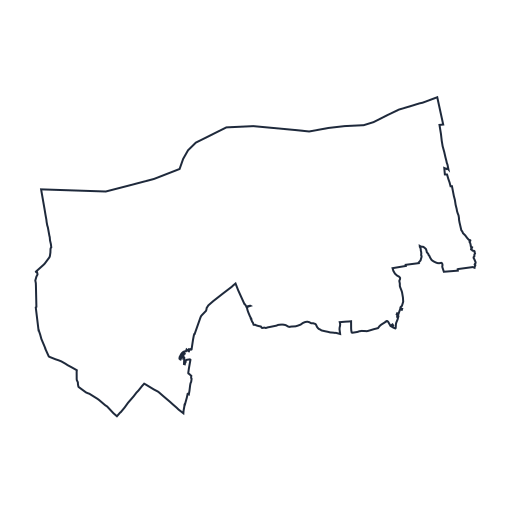 Verguleasa, Olt, Romania (Albers equal-area conic projection), rotated 92°
{"feature_id": "2599482B5579924920696", "entity_name": "Verguleasa", "entity_type": "district", "adm_level": 2, "iso_a3": "ROU", "parent_name": "Romania", "parent_adm1": "Olt", "projection": "albers", "projection_center": [24.361, 44.65], "detail": "fine", "context": "isolated", "style": "outline", "palette": "slate", "viewbox_px": 512, "rotation_deg": 92, "n_neighbors": 0, "source": "geoboundaries", "source_scale": "gbopen_adm2", "svg_char_len": 5949}
<svg xmlns="http://www.w3.org/2000/svg" viewBox="0 0 512 512"><g transform="rotate(92 256 256)"><path d="M363.6,459.6L364.0,458.9L366.2,452.8L367.1,449.7L368.1,446.9L370.3,442.7L371.7,440.4L373.5,436.7L376.4,431.1L378.0,431.2L385.4,430.9L386.4,430.7L388.1,429.8L388.7,429.6L390.2,429.5L391.6,429.2L392.8,428.9L393.1,428.7L398.3,421.1L399.0,419.3L399.5,417.7L404.3,409.4L405.4,407.8L410.4,401.5L411.6,399.5L418.1,393.0L421.0,389.4L417.2,386.3L416.8,385.7L412.0,382.0L407.2,378.8L400.5,373.4L396.7,370.7L394.6,368.8L390.0,365.4L387.5,363.3L388.3,361.7L393.0,353.3L394.1,351.0L394.8,349.5L395.6,348.3L399.5,343.5L404.7,336.9L407.0,334.2L410.3,330.1L412.2,328.0L415.7,323.1L413.2,323.0L408.4,322.3L407.3,322.3L406.7,322.1L406.8,321.8L405.0,321.4L400.0,320.2L396.1,319.5L396.0,319.3L396.6,318.3L393.1,317.8L387.4,317.3L385.5,317.0L384.0,316.4L381.2,316.1L380.9,316.1L380.3,316.5L379.4,316.6L378.0,316.5L377.3,317.4L376.3,318.5L376.0,319.1L375.7,319.5L375.0,319.6L371.2,319.2L362.0,317.9L361.8,318.1L361.6,318.6L362.2,321.7L362.4,322.1L364.1,322.8L364.7,322.7L365.7,323.3L366.7,323.4L366.5,324.2L360.2,324.1L359.9,324.3L359.9,324.7L360.3,325.1L359.1,325.2L356.9,324.9L356.1,323.8L355.7,324.0L355.9,324.8L355.6,325.1L355.5,325.3L355.8,325.8L356.5,326.3L357.9,326.9L359.0,326.7L359.9,326.9L360.7,327.3L362.1,327.8L362.0,328.1L361.3,328.9L359.7,328.8L356.4,327.2L355.6,326.6L354.3,325.2L353.8,324.0L353.6,322.9L353.6,322.6L351.8,322.1L352.5,321.1L353.1,320.7L353.6,319.9L353.6,319.7L353.1,319.7L352.9,319.8L352.4,319.9L352.4,319.7L351.5,319.7L351.5,318.8L351.9,318.8L351.9,318.2L351.6,318.2L351.6,317.6L351.3,317.6L351.3,317.1L341.7,316.0L337.3,315.3L336.1,314.9L336.1,314.6L319.5,309.4L318.2,308.9L317.3,308.3L312.6,304.1L311.4,303.7L309.7,303.5L307.0,301.9L302.6,297.2L297.4,291.0L295.2,288.4L287.4,278.9L286.6,278.2L284.2,275.5L290.9,272.6L304.4,265.9L304.6,265.4L306.9,263.8L306.0,260.6L305.9,260.0L306.0,259.8L306.6,261.5L307.7,263.5L308.2,263.2L310.4,262.6L312.7,261.7L316.4,260.0L318.8,258.6L318.9,258.9L321.9,257.5L322.7,256.8L324.8,256.0L324.9,254.9L324.8,254.2L325.3,253.4L325.9,251.1L326.3,248.7L327.5,247.8L327.7,247.3L327.4,245.7L327.3,244.9L327.6,243.9L327.5,243.3L326.9,241.7L326.6,240.3L324.9,233.2L324.1,231.5L323.7,228.7L323.6,226.9L323.9,224.6L324.2,223.6L325.4,221.4L325.7,220.1L325.3,218.4L324.9,214.0L324.2,211.9L323.0,209.0L322.2,208.0L321.3,206.8L320.4,204.9L320.0,203.3L319.9,202.3L320.3,200.4L321.2,198.7L321.3,198.0L321.2,196.6L321.8,194.5L322.0,194.1L322.8,193.5L324.8,192.5L326.1,191.4L326.8,190.5L327.1,189.6L328.1,187.9L328.8,184.3L329.3,181.3L329.8,179.2L329.9,176.1L330.1,174.6L330.0,173.5L331.0,169.2L326.2,170.0L324.4,169.9L323.0,169.6L321.2,169.5L320.2,169.7L319.2,170.0L318.5,164.2L318.2,160.8L317.9,158.7L325.1,158.4L327.0,158.2L329.1,157.7L329.3,157.3L329.3,156.8L328.8,154.2L328.3,151.8L327.6,150.1L327.5,149.2L327.2,148.1L327.2,144.0L327.3,142.8L327.0,141.5L324.9,135.3L324.2,132.8L324.0,132.4L324.0,131.9L323.8,131.5L321.9,130.2L320.8,129.1L320.2,128.4L317.1,123.8L316.9,123.9L316.4,123.0L316.5,122.4L317.2,121.6L321.4,119.0L321.6,118.2L322.2,117.2L321.8,117.0L320.9,117.1L321.2,117.5L320.3,118.1L319.6,117.2L320.5,116.6L320.8,117.0L321.4,116.8L322.4,117.0L323.2,115.2L323.5,114.2L323.1,113.9L319.3,113.8L317.7,113.5L314.5,112.3L311.8,111.7L311.8,112.8L310.7,112.8L310.7,111.8L309.3,111.9L309.3,112.1L309.7,112.3L309.3,113.3L308.3,112.9L308.7,111.9L309.1,112.1L309.1,111.8L309.3,111.7L303.8,110.0L303.9,109.4L304.4,109.5L304.7,108.4L303.7,108.1L303.4,109.3L303.8,109.4L303.7,109.9L302.7,109.9L301.9,109.6L300.8,108.5L300.3,108.3L296.5,107.3L292.4,107.7L287.1,108.8L285.7,109.3L282.2,110.8L281.0,111.2L278.6,111.3L276.0,111.9L275.4,111.8L274.3,111.3L273.0,111.2L272.6,111.4L271.7,112.2L270.6,114.4L268.8,116.5L266.1,118.2L263.4,119.1L260.7,105.9L259.6,106.1L259.2,103.7L257.5,93.3L257.2,93.5L254.7,91.4L251.0,90.5L249.8,90.7L249.4,91.0L247.5,90.9L246.1,91.1L244.7,91.5L243.4,91.6L242.3,91.9L241.1,92.6L240.2,92.7L240.8,91.6L241.0,89.2L241.6,88.2L243.0,86.5L244.4,85.9L246.3,85.4L247.8,84.0L249.2,83.4L249.5,83.0L249.9,82.7L251.4,82.0L253.7,80.5L254.5,79.5L255.4,77.9L256.2,76.1L256.6,74.9L256.8,74.1L256.8,72.5L256.4,70.8L256.4,70.4L256.6,70.1L256.9,69.8L257.8,69.4L258.8,69.3L259.7,69.5L260.9,69.3L265.2,67.7L263.6,53.8L262.2,54.0L262.0,53.6L259.5,39.0L260.1,37.2L259.2,37.1L257.8,36.5L257.6,36.5L257.3,37.0L256.8,37.2L256.2,36.9L255.9,36.5L254.6,36.3L251.6,37.7L250.5,38.4L250.1,38.5L249.4,38.4L248.8,37.8L247.0,37.8L245.8,37.2L244.9,37.6L243.8,37.7L243.5,37.9L243.3,38.2L243.1,39.8L242.4,40.4L241.9,41.3L241.3,41.2L240.1,40.3L239.8,40.3L239.7,41.3L239.1,41.4L238.4,41.8L238.1,41.7L236.2,42.2L235.6,42.4L234.5,43.1L234.2,43.1L233.6,42.5L233.1,42.3L232.8,42.4L232.7,42.6L232.4,43.9L230.5,45.7L228.1,47.6L226.0,49.9L224.3,50.7L223.1,51.7L215.3,53.8L213.0,54.3L211.8,54.5L211.4,54.4L208.4,55.0L206.1,56.0L204.0,56.7L202.0,57.1L197.8,58.3L193.0,59.2L189.0,60.4L179.4,62.6L179.5,64.0L178.8,64.2L175.8,65.1L172.2,66.5L167.9,67.9L167.9,70.1L161.5,70.9L162.4,68.6L162.1,68.4L162.3,67.7L162.4,67.1L162.8,66.7L158.1,67.8L156.2,68.6L154.5,69.0L150.8,70.1L145.5,71.5L139.8,73.3L134.4,74.4L127.7,75.4L124.7,76.0L118.6,77.2L118.1,73.5L91.0,80.4L97.0,94.9L97.8,98.1L98.3,99.4L98.6,100.4L100.1,104.6L104.7,118.3L110.5,129.4L118.1,143.2L121.5,152.9L123.1,172.0L125.5,188.0L129.7,207.2L128.7,221.8L126.3,263.2L128.5,290.1L144.8,320.1L152.7,327.6L161.5,332.2L171.7,335.4L182.5,360.5L190.3,386.4L196.8,408.4L196.9,473.1L216.8,468.9L221.8,467.9L226.9,466.8L229.5,466.4L232.7,465.7L234.7,465.0L243.0,463.2L244.3,462.8L247.6,462.4L251.3,461.4L254.5,460.9L255.0,461.3L256.0,461.6L259.8,461.6L263.3,462.0L264.5,462.4L271.0,466.9L272.2,468.0L279.3,475.4L279.7,475.2L279.9,474.7L280.0,474.2L281.9,473.7L282.8,474.0L284.1,474.7L288.2,475.7L290.8,475.1L293.5,474.9L314.5,473.7L315.1,474.3L338.0,470.7L338.0,470.4L338.5,470.3L341.9,469.0L346.4,467.6L355.7,463.3L355.9,463.4L363.6,459.6Z" fill="none" stroke="#1e293b" stroke-width="2"/></g></svg>